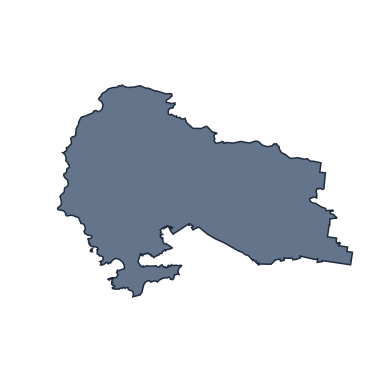 Wellington City, Wellington, New Zealand, rotated 68°
{"feature_id": "76426892B25406189221199", "entity_name": "Wellington City", "entity_type": "district", "adm_level": 2, "iso_a3": "NZL", "parent_name": "New Zealand", "parent_adm1": "Wellington", "projection": "orthographic", "projection_center": [174.755, -41.253], "detail": "fine", "context": "isolated", "style": "filled", "palette": "slate", "viewbox_px": 384, "rotation_deg": 68, "n_neighbors": 0, "source": "geoboundaries", "source_scale": "gbopen_adm2", "svg_char_len": 6034}
<svg xmlns="http://www.w3.org/2000/svg" viewBox="0 0 384 384"><g transform="rotate(68 192 192)"><path d="M213.3,61.5L209.2,67.5L207.6,70.9L204.3,72.6L203.6,75.8L199.8,81.0L198.3,86.7L197.0,88.9L192.2,91.3L189.1,94.3L185.4,94.9L182.3,94.3L181.4,95.1L179.0,95.5L178.7,97.2L178.0,97.6L179.2,100.6L178.1,105.5L174.6,109.5L170.6,111.2L168.7,113.6L168.0,120.8L163.5,127.5L162.1,135.4L158.8,142.0L159.3,143.1L159.0,143.7L158.5,144.4L157.6,143.9L156.3,145.3L156.9,146.0L155.8,151.6L152.6,152.4L151.5,151.0L148.3,150.7L146.8,149.4L147.2,147.6L146.7,147.0L143.6,150.9L137.0,153.4L136.3,154.7L136.6,159.6L133.3,167.3L125.8,171.0L121.1,170.8L120.9,173.6L120.1,174.6L118.2,175.3L118.0,176.9L117.1,178.0L115.7,177.9L115.8,178.6L114.8,180.1L112.1,182.1L112.3,183.6L111.1,184.7L108.7,184.1L106.6,182.7L106.3,180.0L106.9,178.7L106.6,177.8L105.3,177.0L104.7,175.0L103.1,174.4L102.1,178.6L101.1,179.2L99.5,182.2L98.8,182.3L97.2,181.0L96.6,177.6L95.4,174.5L93.4,174.2L92.4,175.7L91.3,179.3L85.7,186.1L84.0,189.0L79.9,192.9L78.0,196.4L74.0,200.4L72.9,206.6L71.1,212.4L68.1,215.9L66.6,216.7L67.0,218.1L66.0,220.4L67.0,221.9L65.5,226.2L65.1,231.0L66.5,234.2L66.8,237.5L67.7,239.5L69.2,240.6L69.7,242.6L71.2,243.8L74.6,241.9L77.9,241.9L81.0,243.9L82.6,246.6L82.5,248.7L80.7,250.2L80.0,252.2L81.6,254.7L81.5,263.2L81.1,266.0L81.4,267.0L84.8,271.0L87.0,272.1L89.9,275.7L95.7,278.6L96.4,280.1L96.1,282.3L96.8,284.3L100.9,285.2L102.6,286.4L102.7,287.7L104.4,290.0L103.7,291.2L104.0,292.1L106.1,292.2L106.9,293.8L106.9,294.9L107.5,295.6L107.1,297.1L109.9,295.7L113.3,296.0L115.7,297.3L118.1,296.4L122.4,296.0L123.5,297.0L123.3,299.0L126.8,301.1L127.4,304.2L128.7,304.8L130.8,304.6L134.4,302.9L138.1,303.7L139.7,304.8L140.7,308.7L144.5,310.8L145.4,313.9L146.7,316.1L151.8,316.6L154.9,317.9L156.4,322.3L157.0,322.9L158.1,322.9L161.3,318.1L164.6,316.9L165.6,317.8L167.4,316.9L168.1,313.2L169.7,310.4L171.7,308.9L172.4,307.4L173.8,306.7L179.6,306.7L180.8,304.8L182.0,304.2L186.3,304.6L187.9,306.8L190.3,306.9L192.5,305.3L194.8,301.8L195.7,301.5L196.5,302.0L197.3,303.7L196.3,305.3L196.4,306.1L198.4,306.0L199.0,306.5L201.7,306.1L201.3,306.8L202.2,306.8L204.9,305.7L206.9,301.6L208.2,300.5L209.8,300.6L209.9,301.7L211.0,301.4L211.4,302.1L213.8,303.1L215.6,301.7L216.4,301.9L217.4,300.1L219.4,298.7L221.5,299.9L222.1,301.6L222.1,303.0L222.5,302.4L223.4,303.2L224.4,303.1L225.3,304.2L225.9,303.2L226.1,300.7L225.0,297.6L227.2,296.7L226.7,295.5L227.3,294.1L226.3,293.6L226.6,292.7L225.5,291.4L224.9,287.6L227.4,284.6L231.0,282.6L234.6,282.3L237.7,283.4L237.4,289.8L236.0,290.6L237.1,290.4L238.1,292.0L241.1,291.7L242.8,294.0L242.4,296.4L241.6,297.8L241.2,302.1L241.5,302.6L242.7,301.8L241.5,299.1L242.7,298.0L243.5,298.3L243.2,299.1L244.5,299.4L245.0,300.2L245.7,300.3L245.7,299.5L246.3,299.4L247.2,301.1L249.0,300.4L249.6,299.1L250.5,298.9L251.0,299.7L250.9,301.7L251.7,301.9L253.5,299.4L253.9,297.3L254.8,296.2L254.3,294.0L255.3,292.7L254.6,291.1L256.3,290.1L256.1,288.3L256.8,287.1L258.6,287.6L261.7,284.3L264.6,284.5L267.0,286.1L268.0,278.5L267.0,277.8L266.8,276.5L259.7,271.3L260.3,270.6L259.7,271.3L259.2,271.0L258.9,269.7L258.2,269.2L257.7,266.6L258.4,264.7L260.2,263.8L259.8,262.9L260.2,262.6L260.2,260.5L261.3,258.5L262.5,257.7L261.2,255.0L261.5,253.3L260.9,252.8L261.6,248.6L262.3,247.5L262.2,245.6L263.8,244.4L264.9,244.6L265.1,243.6L266.1,242.9L265.2,241.1L262.2,239.3L262.6,238.9L262.5,236.4L263.6,235.0L259.7,234.6L257.6,232.1L256.5,229.3L255.8,229.6L255.3,232.1L254.2,233.6L252.8,237.6L251.7,238.4L252.6,238.9L252.8,239.8L251.2,241.1L251.5,242.5L251.5,241.2L251.9,241.3L252.2,242.7L252.5,242.2L252.9,244.0L251.1,245.0L251.5,245.9L251.0,246.6L248.4,246.9L248.3,248.9L249.4,250.3L248.5,252.1L246.8,253.0L246.6,254.6L244.2,260.7L243.7,261.0L243.6,260.5L243.2,265.5L242.7,265.5L242.5,263.9L242.6,265.7L241.7,267.2L236.3,268.2L230.5,263.3L231.9,263.2L230.2,262.9L232.4,262.6L230.5,262.5L231.1,261.8L232.3,261.9L231.1,261.8L231.9,261.1L233.2,262.0L231.4,260.2L231.4,259.0L232.0,258.9L232.2,257.8L231.8,257.4L232.3,256.6L232.1,255.4L233.6,255.2L234.5,253.7L235.0,254.9L234.8,253.7L236.4,253.5L236.6,252.6L238.4,252.2L238.0,248.8L237.6,248.5L238.0,246.3L237.0,245.1L237.8,243.0L236.1,241.6L236.2,240.4L235.3,239.0L235.6,238.3L236.5,238.3L236.0,236.3L236.5,235.1L236.6,231.6L236.0,231.3L230.5,235.2L229.6,237.1L227.6,237.5L224.9,236.9L223.5,235.9L223.8,236.5L223.1,236.8L223.5,237.5L220.7,238.1L220.1,234.2L220.1,236.7L218.5,236.9L217.8,235.5L215.3,235.8L214.2,231.7L214.5,230.2L215.3,231.1L215.0,228.7L214.3,229.9L214.1,229.0L214.4,226.9L215.1,226.4L215.6,227.5L215.4,226.3L215.7,225.6L216.4,227.1L215.9,224.9L216.4,224.5L217.1,226.6L217.5,226.5L217.1,224.1L217.7,223.3L219.1,226.6L224.0,225.4L220.3,206.6L220.8,206.0L221.0,206.5L220.9,206.0L221.4,207.7L221.2,206.7L221.5,206.6L221.0,205.8L221.4,205.8L222.1,208.0L221.6,205.5L224.3,203.6L224.7,205.8L227.6,205.2L227.0,202.4L227.3,201.2L226.7,199.8L227.9,198.3L236.8,193.5L244.2,187.8L251.0,181.3L264.0,171.0L267.0,167.8L270.1,166.0L272.2,163.5L278.3,161.3L277.8,160.5L280.4,159.3L280.3,158.7L280.9,159.2L283.1,158.2L282.7,157.1L283.5,157.7L284.7,157.4L284.1,156.3L288.6,145.7L287.2,142.4L286.4,141.5L286.7,140.7L286.1,140.5L287.2,135.6L289.2,135.9L289.9,132.1L287.7,131.7L291.1,123.7L292.7,123.9L293.6,120.1L293.6,116.0L291.9,115.7L300.8,103.0L301.1,100.5L304.1,102.3L305.3,97.3L304.4,97.0L318.9,72.2L308.0,65.8L305.2,70.7L301.3,68.4L296.7,76.2L295.8,75.8L295.2,73.8L294.0,74.2L293.7,75.6L294.4,76.2L293.3,76.9L292.0,76.9L288.9,75.2L284.3,83.2L274.0,77.2L274.3,76.7L268.7,74.3L269.8,69.4L270.5,68.1L270.1,67.4L265.8,69.3L263.9,71.7L261.8,71.2L262.5,68.3L261.5,68.2L259.6,74.7L257.3,74.3L254.4,77.6L248.7,81.8L247.4,84.1L245.5,85.6L243.2,85.7L242.0,85.0L242.4,83.6L242.2,82.5L242.8,79.8L244.3,78.7L241.0,77.2L237.8,76.7L236.1,75.4L236.5,74.4L235.9,73.8L236.1,73.0L236.6,72.7L237.0,71.1L238.4,70.3L238.5,68.6L224.2,61.1L221.6,66.1L213.3,61.5ZM210.1,306.7L208.2,306.7L207.8,307.8L209.0,308.5L210.1,306.7ZM207.3,306.9L208.2,306.6L207.3,305.5L207.3,306.9Z" fill="#64748b" stroke="#1e293b" stroke-width="1.5"/></g></svg>